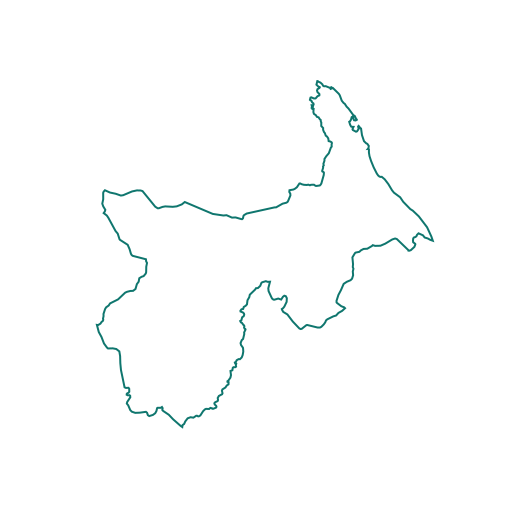 Mogincual, Nampula, Mozambique (Mercator projection), rotated 287°
{"feature_id": "85939544B68532442394498", "entity_name": "Mogincual", "entity_type": "district", "adm_level": 2, "iso_a3": "MOZ", "parent_name": "Mozambique", "parent_adm1": "Nampula", "projection": "mercator", "projection_center": [40.17, -15.431], "detail": "fine", "context": "isolated", "style": "outline", "palette": "teal", "viewbox_px": 512, "rotation_deg": 287, "n_neighbors": 0, "source": "geoboundaries", "source_scale": "gbopen_adm2", "svg_char_len": 6098}
<svg xmlns="http://www.w3.org/2000/svg" viewBox="0 0 512 512"><g transform="rotate(287 256 256)"><path d="M322.3,420.6L325.9,418.0L333.5,411.2L341.5,400.1L345.2,392.7L346.0,389.8L350.9,380.9L354.3,376.7L356.9,369.4L358.6,366.9L363.5,361.5L367.0,356.6L368.5,353.1L368.0,351.8L368.1,350.7L368.7,349.3L370.2,347.4L375.2,342.6L380.6,338.2L384.6,335.4L387.8,333.8L391.0,332.8L391.4,332.3L391.1,331.6L392.2,332.0L394.2,331.7L395.8,329.7L396.0,328.4L397.4,325.7L402.6,322.0L408.6,319.2L408.9,318.3L410.4,316.1L409.7,315.8L407.5,317.0L404.8,316.2L404.1,315.3L404.8,311.8L405.5,311.2L408.0,311.5L407.5,309.6L407.6,309.1L409.1,307.6L411.6,305.9L412.5,306.6L414.3,307.0L416.8,306.9L417.9,307.8L417.3,308.4L416.1,308.7L414.5,310.1L414.7,311.6L415.7,312.6L416.0,312.5L416.2,311.8L418.7,309.6L419.3,307.7L424.1,301.3L425.3,299.0L427.5,296.4L427.9,295.1L429.6,292.6L434.2,289.1L435.3,287.8L439.2,280.3L439.2,279.8L438.5,279.7L437.6,278.5L438.1,278.0L438.9,278.0L438.4,277.3L438.8,273.0L438.2,271.5L438.5,270.2L439.5,269.4L440.7,266.9L440.9,264.6L441.3,264.0L441.2,263.5L437.5,263.7L436.2,266.2L436.2,267.5L435.9,267.7L435.2,267.5L433.5,266.0L432.0,266.0L430.6,267.0L429.6,269.1L428.6,269.6L428.1,269.6L426.8,268.1L424.3,267.0L423.9,266.5L423.6,265.3L423.9,262.4L423.4,261.8L421.1,261.9L420.8,262.5L420.8,263.5L419.3,264.8L418.7,266.3L417.8,266.8L417.0,266.7L416.5,265.1L415.8,265.5L415.9,266.2L415.6,266.7L414.9,266.7L414.3,265.9L413.9,265.9L413.8,266.4L414.3,266.8L413.9,267.5L413.5,266.8L413.2,266.8L412.9,268.2L410.4,268.8L408.9,269.8L408.1,272.2L406.9,273.5L406.9,275.3L405.4,277.1L405.0,278.1L403.5,278.7L402.8,279.4L399.4,280.4L398.0,282.8L396.3,283.3L394.5,284.7L393.6,286.0L391.5,287.5L391.0,289.0L389.6,290.7L387.1,291.9L387.2,293.7L386.8,295.1L386.2,295.6L384.7,295.7L382.7,296.4L381.5,295.9L375.6,295.6L371.9,294.0L368.8,293.1L367.1,293.6L363.8,293.5L362.5,294.3L361.3,293.9L360.0,294.4L356.6,294.4L356.2,294.8L356.0,296.1L355.5,296.6L353.2,297.1L344.4,297.3L343.0,296.9L342.1,296.4L340.7,293.4L340.5,292.4L341.1,290.6L340.2,287.8L339.4,286.9L339.5,285.1L338.8,283.9L338.1,281.0L338.0,278.8L338.3,276.9L338.0,276.3L333.7,275.0L331.6,273.5L330.5,272.3L328.7,268.8L327.0,269.1L325.6,270.6L323.9,271.2L317.9,270.6L316.8,270.3L315.8,269.4L313.8,266.1L308.4,261.0L307.9,259.5L293.9,234.7L291.7,232.7L290.8,232.3L288.2,232.5L287.2,232.0L287.0,231.3L286.9,225.2L285.7,221.8L286.4,215.9L285.2,213.0L283.6,202.4L286.8,172.1L283.7,170.0L280.3,165.7L278.7,162.0L276.9,154.7L275.6,152.2L273.3,149.2L272.9,148.0L273.7,145.2L284.9,128.5L284.9,126.5L283.9,122.9L281.5,118.6L275.3,111.2L274.3,109.1L274.5,103.6L274.0,97.8L274.7,92.3L273.0,91.5L271.7,91.4L265.6,93.3L261.1,93.7L258.8,95.4L256.1,98.4L254.3,98.4L252.5,97.8L251.1,101.5L249.4,103.6L238.8,114.4L237.0,117.2L232.1,120.6L231.7,121.2L229.2,130.0L225.6,133.1L221.5,135.8L220.6,136.8L220.1,138.0L220.7,151.7L218.8,152.5L217.5,153.8L213.6,154.2L208.4,155.7L207.0,155.7L203.9,154.4L202.7,152.7L200.6,150.9L197.1,151.3L194.3,150.3L189.2,150.4L186.7,148.6L185.9,146.2L184.1,143.2L182.7,141.6L174.2,136.8L168.0,130.3L165.6,129.6L163.1,127.7L161.2,127.2L156.0,127.1L153.9,127.8L151.4,128.0L150.3,128.6L149.1,128.5L147.8,127.6L145.8,127.0L143.8,125.2L143.6,124.0L137.3,127.9L133.4,131.9L127.9,136.2L124.9,140.2L124.3,141.5L125.8,146.0L126.2,149.6L124.8,153.2L120.6,155.3L113.8,157.6L107.5,160.2L92.0,168.7L91.8,170.2L92.7,172.6L91.9,173.6L89.1,174.5L88.0,174.1L87.0,173.0L86.2,172.7L85.5,172.9L85.3,174.2L85.9,175.7L85.6,176.5L84.1,177.1L78.7,175.5L77.1,175.6L75.9,177.4L71.9,180.8L70.8,182.8L70.7,186.4L72.2,190.7L74.8,196.3L74.2,197.7L72.2,199.1L71.7,200.7L73.9,203.9L76.2,205.6L78.7,206.1L81.6,205.9L82.1,206.3L83.0,209.3L84.1,210.2L83.2,211.2L81.4,211.4L80.7,212.5L78.7,219.0L75.6,224.5L71.4,233.8L70.9,235.5L72.8,235.2L74.4,236.4L77.1,236.7L80.8,238.1L82.7,240.6L83.1,243.4L85.7,245.5L86.0,246.2L85.7,247.6L86.1,248.4L87.3,249.4L92.2,250.8L94.4,252.0L95.2,252.9L96.0,255.9L97.4,256.8L97.5,258.6L97.2,258.9L97.5,259.9L99.3,262.1L100.2,262.3L101.1,261.7L101.9,260.0L102.8,259.3L103.4,259.3L104.3,259.8L106.0,261.7L107.2,261.8L109.0,260.9L111.3,261.4L113.9,264.0L115.0,264.1L117.2,262.8L118.6,262.9L121.3,265.2L123.6,265.9L125.2,267.2L127.3,266.7L127.3,265.5L127.9,265.3L128.8,266.0L132.2,267.1L134.8,266.9L138.6,265.2L139.8,266.8L142.4,266.5L143.1,267.0L143.6,268.7L144.4,269.3L145.8,268.6L147.3,268.6L147.6,268.0L147.3,267.4L148.0,266.9L148.8,267.7L150.7,268.0L152.3,269.5L152.6,270.8L154.8,272.0L157.3,272.2L160.8,271.8L163.5,270.8L164.5,270.3L166.5,267.7L168.2,266.7L171.4,267.0L172.9,267.9L177.9,267.6L179.5,267.0L182.5,267.5L183.1,267.1L183.1,266.4L184.1,265.5L185.5,265.4L186.2,264.8L186.2,264.4L188.0,262.0L188.1,261.0L189.2,259.9L190.3,260.8L192.9,260.7L193.6,260.8L194.7,261.8L196.4,261.9L197.5,261.3L198.2,259.9L198.4,257.4L199.1,257.1L200.8,257.7L201.6,259.2L203.7,259.2L205.4,260.7L207.1,261.5L211.2,260.8L214.6,261.6L217.2,261.4L223.7,265.0L225.2,265.4L225.9,267.2L228.7,268.8L231.7,269.0L232.7,269.6L234.8,272.8L234.7,274.7L235.5,276.9L228.7,277.2L226.1,278.3L220.7,283.1L219.9,284.0L219.4,285.4L219.6,286.4L221.8,289.7L221.7,292.8L224.9,293.7L226.3,294.7L226.3,296.2L224.7,297.8L221.1,298.7L215.9,297.9L214.1,297.2L212.8,296.2L212.0,296.8L210.5,298.4L209.3,303.1L204.1,310.3L199.4,318.6L199.2,320.0L199.7,321.0L204.6,324.4L205.0,325.1L205.6,335.7L206.3,338.1L207.4,339.2L210.4,340.8L212.8,341.6L214.9,341.8L216.3,342.7L220.9,347.6L222.5,350.0L225.7,351.5L228.7,354.4L232.1,356.4L232.7,355.3L232.9,352.3L234.8,347.2L235.2,346.6L236.7,346.1L242.9,346.2L248.1,347.2L255.0,348.0L257.9,350.4L260.5,353.5L262.4,354.5L266.0,354.5L269.5,353.1L272.3,352.9L273.7,351.8L276.5,351.2L282.9,348.6L287.7,349.8L288.4,350.3L290.2,353.6L292.1,354.7L294.2,356.8L295.5,360.3L299.4,363.9L300.5,364.5L300.5,366.9L302.2,372.0L305.6,376.0L311.7,381.5L313.4,383.9L313.4,385.7L306.2,399.9L305.7,400.2L305.9,401.1L306.9,402.4L311.0,404.8L313.6,405.0L314.2,404.7L315.1,402.3L316.6,401.6L318.9,401.2L320.1,401.8L320.6,402.7L321.7,403.6L323.3,403.8L325.2,404.8L324.6,409.6L323.0,411.9L323.0,415.1L322.4,417.9L322.3,420.6Z" fill="none" stroke="#0f766e" stroke-width="2"/></g></svg>